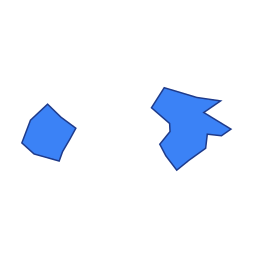 the state/province of Vaduz, rotated 129°
{"feature_id": "LIE-4895", "entity_name": "Vaduz", "entity_type": "state/province", "adm_level": 1, "iso_a3": "LIE", "parent_name": "Liechtenstein", "parent_adm1": "", "projection": "natural_earth1", "projection_center": [9.545, 47.128], "detail": "fine", "context": "isolated", "style": "filled", "palette": "blue", "viewbox_px": 256, "rotation_deg": 129, "n_neighbors": 0, "source": "natural_earth", "source_scale": "10m", "svg_char_len": 460}
<svg xmlns="http://www.w3.org/2000/svg" viewBox="0 0 256 256"><g transform="rotate(129 128 128)"><path d="M73.9,125.2L61.0,93.8L48.7,73.1L68.3,78.9L64.1,47.3L75.2,50.5L82.9,62.5L94.9,54.9L114.6,60.3L130.1,63.6L125.8,81.1L120.6,93.1L104.3,93.1L98.3,98.5L97.5,122.5L73.9,125.2ZM160.1,205.5L161.8,186.9L161.0,168.4L173.0,166.2L187.5,164.0L197.0,160.7L207.3,184.7L206.4,201.1L183.3,208.7L160.1,205.5Z" fill="#3b82f6" stroke="#1e3a8a" stroke-width="1.5"/></g></svg>